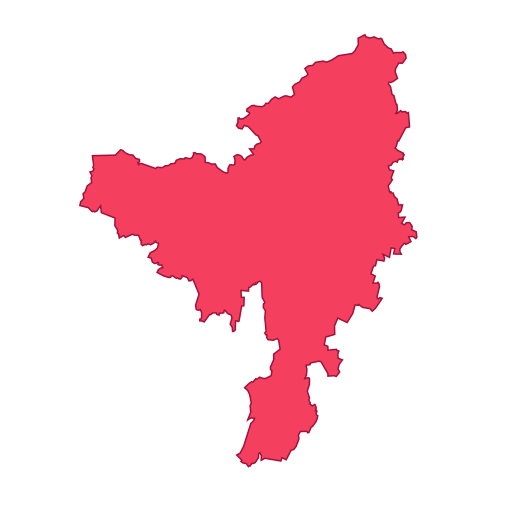 Boyle Lea-6, Roscommon, Ireland (orthographic projection), rotated 264°
{"feature_id": "5873133B69148251137192", "entity_name": "Boyle Lea-6", "entity_type": "district", "adm_level": 2, "iso_a3": "IRL", "parent_name": "Ireland", "parent_adm1": "Roscommon", "projection": "orthographic", "projection_center": [-8.266, 53.929], "detail": "fine", "context": "isolated", "style": "filled", "palette": "rose", "viewbox_px": 512, "rotation_deg": 264, "n_neighbors": 0, "source": "geoboundaries", "source_scale": "gbopen_adm2", "svg_char_len": 6113}
<svg xmlns="http://www.w3.org/2000/svg" viewBox="0 0 512 512"><g transform="rotate(264 256 256)"><path d="M316.7,100.2L317.4,102.4L322.1,106.6L315.2,106.8L308.5,119.8L301.0,118.8L295.9,121.1L293.2,120.5L292.0,121.7L288.1,121.9L289.9,125.6L290.0,126.8L288.1,128.0L290.6,135.5L289.6,136.9L288.8,141.4L283.8,142.7L283.9,143.4L279.8,143.0L278.2,144.2L279.0,147.2L278.6,148.3L279.4,149.7L278.2,152.5L279.9,156.3L281.4,157.5L279.9,158.3L278.7,160.4L274.4,158.9L272.3,156.4L270.2,151.1L266.0,148.6L264.9,151.6L260.9,152.2L259.2,154.3L259.1,155.8L260.0,157.8L259.0,158.4L257.8,157.6L257.1,158.7L256.9,161.3L254.1,162.1L254.1,160.5L252.8,157.6L250.0,155.9L245.8,162.1L243.6,167.4L243.8,168.9L245.1,169.9L245.0,171.1L242.2,174.3L242.3,176.0L241.2,177.1L241.0,178.6L242.6,180.2L244.2,180.4L241.7,185.6L238.4,186.6L238.2,188.2L239.5,190.8L224.0,195.4L213.5,190.8L209.0,191.0L208.0,193.3L208.6,195.1L205.1,196.0L200.4,195.4L199.0,194.5L199.0,193.5L197.3,193.3L197.1,195.2L195.8,197.6L202.5,203.6L202.4,204.8L204.0,207.3L203.5,210.5L202.1,210.8L201.0,213.1L202.8,213.5L202.8,218.0L205.3,218.7L205.3,219.5L201.8,221.7L199.8,225.2L196.8,225.6L190.9,223.2L187.5,224.9L183.4,224.8L183.2,225.6L184.7,227.7L193.6,228.9L193.5,230.4L192.6,231.4L193.0,232.3L207.7,236.5L207.7,238.6L208.2,238.8L216.1,239.9L216.4,237.1L223.3,237.4L221.9,244.9L225.4,245.5L225.8,247.2L228.4,250.7L227.6,250.7L227.8,253.0L229.2,253.0L228.9,254.4L230.0,255.1L230.4,257.6L228.7,258.8L214.1,257.8L209.4,259.8L208.0,259.4L207.6,258.4L204.1,257.9L200.5,259.6L193.5,258.3L180.1,258.2L178.6,256.7L176.7,257.4L176.3,258.6L173.5,258.2L171.5,259.3L170.4,264.4L171.7,268.4L170.1,269.7L160.8,270.2L156.6,263.3L151.1,262.8L144.0,258.7L141.6,258.6L140.1,259.8L135.4,258.6L133.2,252.7L133.6,250.0L135.1,247.0L133.5,244.3L133.9,242.9L131.4,240.3L130.9,239.6L131.4,238.5L129.8,235.5L126.2,230.9L123.2,233.7L118.9,235.2L110.4,235.9L107.7,234.5L101.4,234.5L93.8,230.6L95.6,234.0L94.6,237.7L92.0,236.0L90.1,233.4L68.0,223.8L61.6,219.6L60.1,216.0L54.5,220.5L53.2,219.5L51.6,221.3L50.5,224.7L47.3,226.4L48.1,227.7L47.8,228.3L50.2,230.1L49.9,231.5L50.6,233.6L55.1,237.3L59.1,238.0L59.9,239.3L56.9,240.5L52.3,239.8L53.9,243.8L49.5,259.3L52.7,260.8L50.2,264.7L59.1,270.6L59.6,273.3L62.3,275.9L69.6,279.6L73.6,279.5L76.8,281.8L76.3,288.2L74.7,289.0L75.0,290.2L80.2,293.1L80.5,294.4L85.3,298.6L88.8,300.2L90.8,300.7L91.5,299.6L93.6,299.2L94.8,300.3L96.2,300.1L96.1,299.0L98.6,300.0L101.4,299.5L102.3,298.9L101.1,296.2L103.4,294.0L104.3,294.6L107.2,293.4L109.0,294.4L116.2,292.9L122.7,295.7L128.2,296.4L129.2,296.0L129.5,294.7L129.0,291.7L132.2,293.7L138.0,294.8L142.1,294.3L142.3,298.4L143.9,298.9L144.8,307.5L144.1,309.6L131.6,315.2L129.0,315.0L128.8,321.0L127.8,323.2L131.9,327.1L135.0,325.7L139.5,327.4L143.7,331.1L145.7,327.0L149.8,327.1L152.8,328.5L153.8,326.4L154.8,326.2L154.8,317.8L158.7,318.0L160.5,314.6L168.1,316.9L169.8,326.1L178.2,326.8L185.7,330.8L180.3,339.7L188.6,346.1L197.0,349.5L196.2,352.6L197.1,353.1L193.7,356.7L191.7,363.8L188.9,365.8L191.4,369.2L200.7,377.1L201.7,374.9L200.5,372.9L202.5,372.0L212.8,375.7L215.8,375.4L217.1,374.5L216.3,373.6L216.8,369.5L223.6,372.5L226.3,368.5L233.1,371.5L234.2,372.6L233.8,373.8L239.7,375.8L237.6,382.7L240.3,383.7L244.3,382.5L240.7,388.6L250.0,391.3L248.9,394.8L243.7,393.0L242.6,400.7L245.4,399.6L248.1,399.9L250.7,402.1L253.0,404.6L253.2,405.3L251.9,406.3L254.1,411.6L259.2,409.9L259.0,414.4L256.6,416.8L257.8,417.9L263.3,417.9L265.9,413.6L269.2,414.4L272.6,412.7L273.3,411.8L273.4,409.0L271.5,406.9L273.2,404.2L279.1,408.3L279.4,401.9L284.0,402.1L284.4,403.7L285.9,405.1L291.5,407.1L291.9,403.1L297.9,402.3L300.8,399.8L304.3,399.0L304.6,396.9L305.8,396.9L305.7,395.6L311.9,394.8L317.6,399.7L318.7,398.7L320.4,399.0L326.3,401.9L327.9,397.6L331.7,397.1L332.2,399.9L335.1,402.3L335.5,404.9L334.6,406.4L336.3,406.9L337.6,409.4L336.8,410.2L337.4,411.4L336.4,411.8L337.1,412.6L338.8,412.3L341.1,413.9L342.1,412.7L342.8,413.3L346.3,407.9L348.9,405.6L350.5,407.1L355.7,408.8L355.4,409.9L367.9,418.3L368.3,422.2L382.7,422.6L382.2,421.1L384.0,419.9L384.1,416.2L385.5,415.1L383.1,411.3L383.2,410.0L386.0,411.9L392.1,412.0L392.3,411.2L401.2,409.9L402.4,408.2L410.3,407.5L413.5,405.7L415.0,406.5L414.6,408.2L415.3,410.7L417.9,415.3L424.8,413.6L427.8,414.5L433.0,418.1L432.4,421.5L432.8,422.2L437.0,425.9L440.7,425.8L443.7,423.6L443.1,421.7L443.8,416.3L443.3,414.0L447.9,412.0L449.2,409.2L453.3,405.7L459.0,403.7L459.5,402.5L459.1,400.3L461.6,396.3L460.8,392.6L462.3,388.5L464.7,387.4L461.9,380.3L455.3,379.8L449.5,375.6L447.3,372.9L446.6,359.0L443.0,351.8L441.4,346.6L442.8,343.2L442.4,335.4L439.7,332.3L439.5,327.6L437.3,324.2L431.3,326.7L429.6,324.7L428.0,320.2L424.5,317.6L422.7,312.6L420.3,309.9L412.7,311.1L410.3,307.5L412.2,302.5L412.1,300.8L410.0,295.0L412.2,291.6L410.1,287.7L406.5,284.3L406.8,281.6L404.9,280.3L403.8,277.7L405.1,271.3L406.0,270.0L406.0,267.5L403.2,262.4L401.0,262.0L399.2,264.5L398.1,264.4L396.5,262.5L393.9,257.8L393.9,254.3L395.2,253.6L395.0,252.5L390.9,252.0L387.8,250.2L385.0,252.0L383.8,255.4L387.1,258.0L385.3,262.0L376.4,268.6L375.5,270.5L369.0,273.1L367.8,271.9L367.2,268.6L365.6,266.4L362.7,265.3L363.2,260.9L357.3,264.2L356.6,263.2L357.0,261.5L355.0,257.1L352.7,255.2L353.0,254.0L356.6,252.1L358.0,250.3L358.8,247.7L357.3,244.4L354.0,245.2L349.3,244.4L348.8,242.7L349.6,239.8L348.9,239.0L346.0,237.3L342.4,237.0L341.4,235.7L343.1,232.1L347.9,226.8L351.8,225.1L352.0,221.6L353.8,218.3L354.4,215.3L360.0,215.7L362.7,212.9L363.5,211.2L363.8,207.7L365.3,206.0L365.0,204.5L363.5,204.6L360.2,202.4L359.7,200.1L361.2,195.9L360.0,194.8L360.7,190.8L359.5,186.7L356.7,185.0L356.6,180.8L355.5,179.4L355.0,176.4L355.3,175.3L353.7,172.2L354.6,167.0L353.5,165.4L359.9,152.0L360.1,150.3L359.1,148.7L361.1,148.2L361.9,150.0L364.2,150.2L365.7,146.4L369.3,144.1L369.8,141.1L371.9,137.2L374.8,134.6L375.8,132.5L371.0,126.7L372.9,103.8L363.1,104.0L360.9,103.0L359.7,103.9L357.5,102.7L356.9,99.6L353.0,101.3L351.1,100.1L346.2,100.2L343.4,95.5L337.6,92.7L336.0,90.5L331.3,90.8L328.3,87.3L324.6,86.1L321.6,94.3L317.8,97.2L317.2,98.1L317.5,99.5L316.7,100.2Z" fill="#f43f5e" stroke="#9f1239" stroke-width="1.5"/></g></svg>